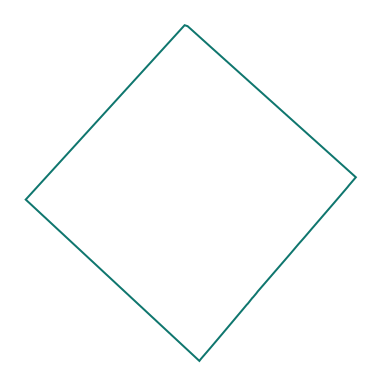 Scotland, Missouri, United States of America, rotated 132°
{"feature_id": "52423323B89706896285747", "entity_name": "Scotland", "entity_type": "district", "adm_level": 2, "iso_a3": "USA", "parent_name": "United States of America", "parent_adm1": "Missouri", "projection": "equal_earth", "projection_center": [-92.17, 40.453], "detail": "fine", "context": "isolated", "style": "outline", "palette": "teal", "viewbox_px": 384, "rotation_deg": 132, "n_neighbors": 0, "source": "geoboundaries", "source_scale": "gbopen_adm2", "svg_char_len": 448}
<svg xmlns="http://www.w3.org/2000/svg" viewBox="0 0 384 384"><g transform="rotate(132 192 192)"><path d="M71.4,80.1L71.7,275.0L71.7,306.2L73.0,309.1L308.9,310.5L312.6,73.5L309.9,73.7L296.1,74.0L279.7,74.5L261.4,75.1L238.8,75.9L237.8,75.8L230.2,76.3L229.7,76.2L224.0,76.4L221.9,76.6L172.6,77.6L162.9,77.9L159.6,78.0L150.2,78.1L139.0,78.4L102.2,79.2L83.0,79.7L82.8,79.8L71.4,80.1L71.4,80.1Z" fill="none" stroke="#0f766e" stroke-width="2"/></g></svg>